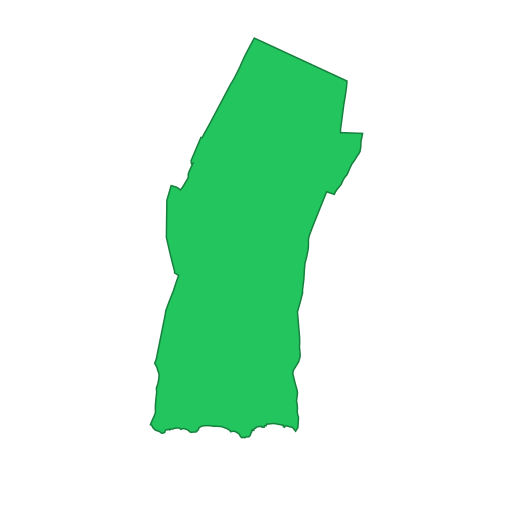 outline of Aana Alofi I, A'ana, Samoa, rotated 203°
{"feature_id": "51752279B79579016440908", "entity_name": "Aana Alofi I", "entity_type": "district", "adm_level": 2, "iso_a3": "WSM", "parent_name": "Samoa", "parent_adm1": "A'ana", "projection": "natural_earth1", "projection_center": [-171.93, -13.846], "detail": "fine", "context": "isolated", "style": "filled", "palette": "green", "viewbox_px": 512, "rotation_deg": 203, "n_neighbors": 0, "source": "geoboundaries", "source_scale": "gbopen_adm2", "svg_char_len": 2348}
<svg xmlns="http://www.w3.org/2000/svg" viewBox="0 0 512 512"><g transform="rotate(203 256 256)"><path d="M236.4,438.3L238.9,447.5L240.6,452.6L307.7,454.8L342.7,455.9L344.0,441.9L344.5,434.9L344.7,426.2L344.7,423.6L345.4,412.4L345.9,407.6L346.4,405.0L350.2,360.4L351.9,343.8L353.0,343.6L353.0,318.3L351.5,315.8L350.3,316.8L350.6,308.0L350.4,305.1L349.0,301.8L350.4,290.9L351.5,287.2L353.9,288.0L356.3,288.3L361.6,287.7L359.8,272.4L345.8,238.2L338.1,227.5L331.0,217.9L326.5,212.1L325.2,210.5L324.3,208.6L319.6,207.9L319.3,201.5L318.4,191.3L318.2,181.6L317.7,170.5L316.6,166.3L308.3,125.9L307.6,122.5L307.3,117.6L304.0,115.1L302.5,113.2L299.0,109.3L297.5,105.1L296.4,99.9L296.1,95.5L294.2,91.8L292.2,85.1L290.1,78.7L287.4,72.5L287.2,68.6L287.3,66.2L287.3,59.4L285.7,59.4L284.3,58.0L281.9,56.8L280.4,56.4L276.3,56.7L274.1,56.1L273.0,56.2L271.1,57.8L271.3,59.7L270.7,61.0L269.0,61.8L268.4,62.6L267.4,62.2L266.8,63.6L265.2,64.0L263.8,65.5L260.4,67.4L259.3,67.6L257.2,67.1L256.2,68.4L254.2,69.1L251.3,69.2L250.3,69.1L247.8,68.2L246.2,68.6L244.6,69.7L243.2,70.1L241.9,71.3L241.9,72.4L241.1,73.6L241.5,75.4L239.7,78.0L237.6,79.4L234.4,80.9L231.2,82.1L229.4,82.4L224.9,84.2L221.0,85.5L215.6,85.8L211.7,85.2L210.7,84.3L208.5,85.8L206.4,86.3L202.0,85.6L199.8,83.8L198.0,83.2L196.7,84.2L195.4,84.2L194.6,85.4L191.8,86.9L191.3,88.3L191.4,91.9L191.1,92.6L191.8,94.1L189.9,94.6L190.4,96.2L189.5,96.9L188.2,99.2L184.4,101.4L183.7,100.7L181.5,101.7L181.8,103.2L180.4,103.6L180.5,105.4L179.9,105.6L175.2,108.3L173.0,109.1L164.7,110.9L164.2,109.6L162.8,109.6L162.6,111.2L160.5,111.7L155.8,112.4L154.8,112.2L151.1,110.2L150.4,114.4L153.8,124.1L156.0,126.7L157.6,129.7L158.4,132.2L160.4,135.9L162.0,138.3L164.2,145.9L165.9,148.8L170.3,154.2L176.0,161.9L176.5,163.1L176.9,165.8L175.8,172.5L175.4,175.5L176.0,180.2L177.0,182.8L180.8,190.0L181.4,192.0L183.8,197.6L196.3,221.3L196.1,221.4L197.2,230.3L198.7,240.3L199.7,242.3L202.9,253.4L206.1,262.3L208.1,268.6L209.0,274.7L210.5,282.2L211.6,285.6L214.1,291.5L214.7,294.0L215.0,297.1L215.4,307.2L216.1,342.7L208.0,343.3L208.0,345.7L207.5,348.5L205.6,355.1L205.5,360.0L205.1,362.9L204.0,366.4L203.9,374.2L203.7,378.0L202.8,381.9L202.0,387.1L201.3,390.4L201.1,392.8L202.2,397.5L204.2,402.6L205.0,407.0L205.8,410.5L226.4,402.6L227.6,405.4L234.5,430.3L236.4,438.3Z" fill="#22c55e" stroke="#15803d" stroke-width="1.5"/></g></svg>